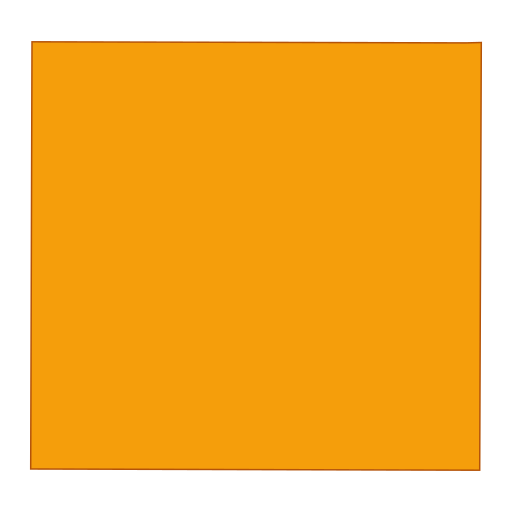 Sheridan, Kansas, United States of America (Robinson projection)
{"feature_id": "52423323B35369935479840", "entity_name": "Sheridan", "entity_type": "district", "adm_level": 2, "iso_a3": "USA", "parent_name": "United States of America", "parent_adm1": "Kansas", "projection": "robinson", "projection_center": [-100.445, 39.35], "detail": "fine", "context": "isolated", "style": "filled", "palette": "amber", "viewbox_px": 512, "rotation_deg": 0, "n_neighbors": 0, "source": "geoboundaries", "source_scale": "gbopen_adm2", "svg_char_len": 198}
<svg xmlns="http://www.w3.org/2000/svg" viewBox="0 0 512 512"><path d="M30.7,469.0L479.7,470.2L481.3,42.5L466.3,42.9L32.0,41.8L30.7,469.0Z" fill="#f59e0b" stroke="#b45309" stroke-width="1.5"/></svg>